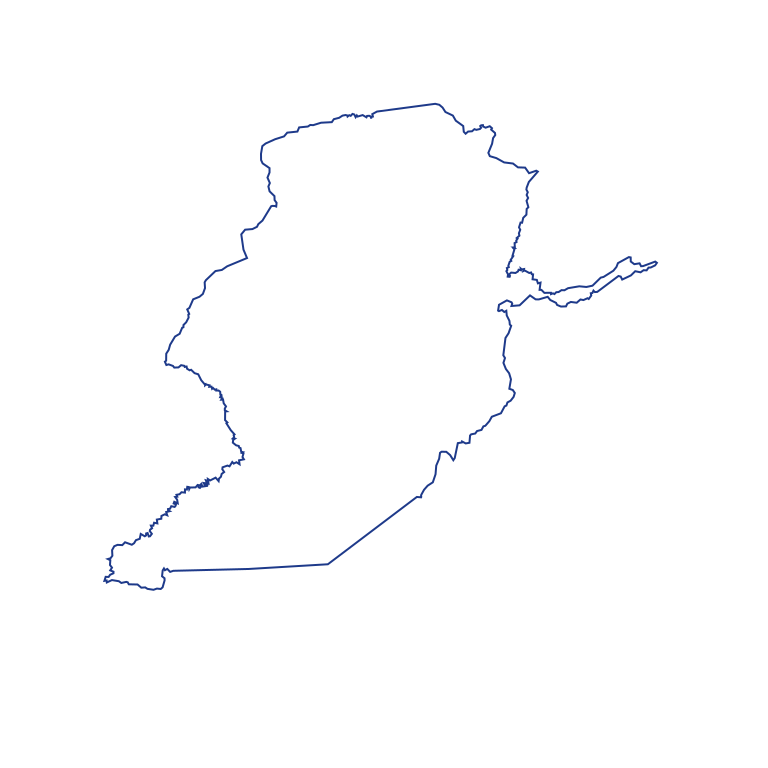 Chama, Muchinga, Zambia (orthographic projection), rotated 20°
{"feature_id": "96606910B17560798529879", "entity_name": "Chama", "entity_type": "district", "adm_level": 2, "iso_a3": "ZMB", "parent_name": "Zambia", "parent_adm1": "Muchinga", "projection": "orthographic", "projection_center": [32.797, -11.274], "detail": "fine", "context": "isolated", "style": "outline", "palette": "blue", "viewbox_px": 768, "rotation_deg": 20, "n_neighbors": 0, "source": "geoboundaries", "source_scale": "gbopen_adm2", "svg_char_len": 6153}
<svg xmlns="http://www.w3.org/2000/svg" viewBox="0 0 768 768"><g transform="rotate(20 384 384)"><path d="M391.8,108.4L389.1,108.1L388.4,106.9L386.8,107.7L386.2,108.7L387.6,110.0L386.9,111.6L383.8,113.6L381.8,113.6L380.3,116.4L376.7,118.0L375.1,120.9L372.7,119.7L370.2,114.5L361.4,112.0L356.9,108.2L348.7,107.4L344.5,104.2L340.5,102.7L336.3,103.2L284.2,130.4L280.7,134.4L282.1,136.5L280.9,137.3L281.1,138.9L280.0,137.2L278.4,137.0L276.4,137.9L276.3,139.4L272.0,138.6L267.7,141.7L266.6,140.9L266.1,143.0L263.9,140.9L262.0,141.0L261.0,143.4L259.4,143.3L258.3,145.1L257.7,144.2L255.9,144.4L253.2,146.0L250.8,149.2L246.3,152.3L245.4,155.8L235.5,160.0L228.9,165.0L226.1,165.8L224.4,168.1L216.5,171.9L216.3,176.4L207.1,180.9L205.4,185.5L198.0,191.2L190.5,198.5L188.3,202.1L189.7,209.8L191.9,215.6L194.5,218.2L202.6,220.3L204.1,224.4L203.9,229.9L208.0,234.2L207.8,237.9L210.6,242.1L216.8,244.9L218.3,248.6L221.1,250.5L222.0,254.1L220.4,254.1L218.2,254.8L217.2,255.5L213.9,272.0L211.2,276.8L210.9,279.7L207.4,283.4L200.7,286.5L198.7,292.2L206.0,305.8L212.2,312.5L196.4,327.0L192.6,332.3L187.0,335.5L181.1,347.4L180.7,349.8L183.0,355.1L183.0,361.3L180.8,365.1L175.7,369.7L175.1,379.0L173.6,381.2L177.0,384.8L176.4,385.8L177.7,388.4L177.0,393.7L175.4,397.1L176.1,399.3L175.1,400.2L174.8,406.7L171.4,410.9L169.6,420.2L170.0,425.5L169.0,430.0L171.3,436.6L170.5,438.0L173.0,440.6L174.9,439.2L179.5,439.2L181.3,440.3L185.2,438.7L186.9,435.7L190.2,435.2L190.9,436.1L192.5,435.1L193.7,437.0L196.7,437.6L197.9,436.6L202.3,438.6L206.1,438.4L211.0,443.0L215.4,445.5L216.1,445.1L216.4,446.3L217.0,445.3L220.6,444.9L220.7,446.4L222.8,445.5L224.1,447.3L224.7,446.2L226.9,447.2L228.2,446.4L228.6,447.5L230.8,446.7L232.7,447.3L233.8,449.8L234.7,449.8L234.6,452.1L235.7,451.4L235.9,452.6L236.9,452.7L236.5,454.4L238.1,453.7L240.0,457.0L243.2,459.1L242.8,461.5L243.4,463.1L245.4,463.5L244.1,464.1L247.0,472.3L250.0,473.7L249.3,474.8L255.8,479.8L260.8,482.5L260.2,483.5L261.4,485.2L260.6,486.9L262.5,486.5L261.4,488.2L262.0,490.8L266.0,492.2L268.7,491.9L269.7,493.3L271.1,493.3L273.0,496.5L274.8,496.3L274.1,497.4L275.7,497.4L276.0,501.0L278.1,502.7L273.9,505.3L275.7,508.8L272.1,508.0L270.0,510.2L268.1,509.2L267.0,514.2L264.8,514.2L260.8,517.5L261.2,519.4L263.9,521.4L262.2,524.0L262.5,526.9L261.3,529.4L261.8,531.8L257.8,529.6L253.6,534.1L251.0,533.5L253.1,537.5L252.0,537.4L251.0,535.3L249.5,535.4L251.7,538.0L248.4,538.7L250.0,540.1L252.6,539.3L252.7,540.2L248.5,542.5L246.5,540.3L245.9,541.6L247.1,543.2L246.6,544.6L245.1,544.5L244.3,542.5L243.4,542.6L242.3,545.6L237.1,547.6L236.9,549.5L235.7,547.6L234.3,547.9L234.9,550.6L233.0,551.1L234.1,554.1L230.7,555.0L229.6,557.5L226.9,559.1L228.3,560.6L226.4,561.6L229.2,563.5L231.0,566.7L227.2,566.4L227.2,568.2L229.7,568.3L229.8,569.8L229.3,571.1L225.9,571.6L225.6,574.4L223.8,575.4L224.3,576.5L226.1,576.8L223.1,578.8L225.2,581.5L222.6,581.4L220.0,584.1L220.8,586.8L216.9,589.1L218.7,592.5L215.4,593.0L215.7,596.0L213.4,596.8L215.4,598.9L214.0,600.9L214.2,602.3L217.1,604.2L216.2,607.1L215.1,607.7L212.8,604.9L211.6,605.8L212.2,607.7L211.3,608.9L206.7,608.1L207.4,613.0L204.3,615.6L203.6,619.1L202.0,621.3L194.8,621.3L193.2,624.9L188.6,626.3L186.0,628.7L185.3,633.1L187.5,638.3L186.6,641.3L184.4,642.9L187.1,643.2L188.4,647.8L191.2,649.6L190.5,652.8L194.0,652.9L194.5,654.4L191.9,656.9L191.2,659.5L188.4,660.4L188.6,664.6L190.5,663.5L191.4,665.3L195.4,661.3L202.3,660.0L205.2,660.8L209.5,658.1L211.0,658.0L212.7,659.5L221.0,656.7L225.6,658.4L229.2,656.8L231.8,657.4L237.8,656.2L240.6,653.9L244.3,653.0L245.5,650.8L245.0,643.6L244.2,641.6L241.2,640.6L239.8,634.9L240.3,632.6L241.8,633.9L243.6,631.9L247.3,633.7L249.9,631.6L320.1,604.1L392.9,572.6L453.5,478.9L458.4,477.6L457.3,477.4L456.9,475.5L457.8,469.7L459.8,464.6L463.5,459.7L463.3,451.2L461.0,442.8L461.4,435.4L460.2,429.5L461.2,428.0L465.7,426.4L470.5,428.2L475.2,431.9L475.8,429.4L473.6,414.3L477.2,412.3L477.0,411.3L481.1,411.9L484.4,410.0L482.5,403.0L483.1,401.5L486.7,399.3L487.5,396.4L491.3,393.8L491.9,389.8L493.5,388.6L495.7,382.9L496.5,377.9L503.9,371.5L505.0,363.7L506.4,362.4L506.3,359.1L508.7,356.4L510.2,351.8L510.0,347.7L507.1,345.6L503.4,345.6L501.7,336.2L497.9,331.1L493.4,328.2L489.0,323.3L488.8,318.2L486.3,316.2L482.4,299.2L483.7,293.7L483.6,285.8L481.9,285.1L480.3,281.8L475.9,277.6L473.9,273.4L472.4,275.2L469.5,274.1L467.1,276.2L466.1,276.0L465.0,270.2L470.9,263.4L475.9,263.6L477.0,264.6L477.1,267.1L484.5,263.7L490.9,250.8L497.5,252.6L500.5,251.6L508.0,246.1L511.5,248.2L517.9,248.9L519.6,250.5L523.8,250.7L528.5,248.8L528.8,245.8L531.5,243.0L537.3,241.7L539.7,237.4L542.7,236.9L545.9,233.8L547.3,234.1L548.5,230.0L547.3,228.0L548.7,227.2L548.9,224.6L550.7,225.5L552.9,224.5L567.4,202.3L569.7,202.1L572.1,204.4L578.9,197.5L581.5,192.1L586.9,191.3L589.0,188.3L591.9,187.4L592.8,184.1L594.7,183.4L598.2,179.8L599.0,176.8L597.0,176.2L587.1,184.6L585.3,185.4L582.9,183.2L578.2,185.8L574.0,184.5L572.5,180.7L570.7,181.0L562.5,190.4L562.4,194.5L560.8,199.1L553.7,208.3L551.3,209.9L546.3,220.3L541.0,223.6L534.1,225.4L524.2,231.0L521.5,234.2L518.7,235.1L516.6,237.9L514.5,238.8L513.4,241.2L511.8,241.0L510.2,242.4L509.7,241.2L503.5,243.5L499.7,241.7L498.0,242.3L496.4,235.2L494.2,236.8L492.0,233.9L487.8,234.8L486.6,230.0L485.3,230.3L484.1,228.9L482.5,230.0L477.3,229.2L476.3,230.2L476.2,228.1L474.2,229.2L472.9,228.7L473.7,230.3L471.4,230.6L471.4,232.4L469.6,234.7L465.4,235.8L463.9,238.6L465.4,239.3L465.4,240.3L463.5,240.8L463.1,238.6L460.4,236.1L460.9,234.7L459.8,233.0L461.3,231.5L460.4,230.4L460.3,226.2L461.5,224.8L460.6,224.0L461.7,219.7L460.9,219.7L460.5,212.9L459.4,212.3L460.3,211.7L458.9,211.4L460.2,210.8L458.5,206.9L460.0,205.3L459.2,204.0L459.8,201.7L458.8,201.4L460.5,198.3L459.2,196.2L459.3,192.5L457.3,190.6L457.1,185.6L458.6,185.2L458.0,180.2L459.9,176.2L458.2,170.7L459.2,168.5L455.3,163.1L455.8,159.9L453.4,157.6L453.5,154.6L451.3,152.6L450.9,150.7L451.0,144.6L455.9,131.8L454.1,131.5L448.2,136.3L442.6,132.4L435.8,134.6L429.8,132.7L421.1,134.7L412.3,133.3L405.5,133.7L403.0,131.1L403.4,121.3L402.4,115.6L403.4,112.0L402.4,110.1L397.7,108.3L398.0,106.7L395.2,105.6L391.8,108.4Z" fill="none" stroke="#1e3a8a" stroke-width="2"/></g></svg>